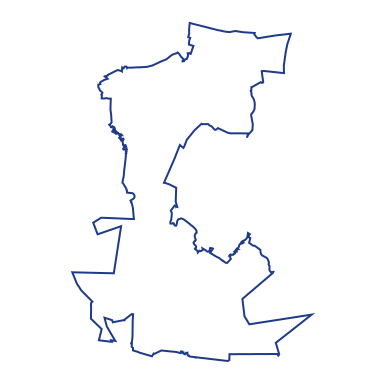 outline of Puente de Ixtla, Morelos, Mexico
{"feature_id": "50627088B15428140679131", "entity_name": "Puente de Ixtla", "entity_type": "district", "adm_level": 2, "iso_a3": "MEX", "parent_name": "Mexico", "parent_adm1": "Morelos", "projection": "albers", "projection_center": [-99.286, 18.588], "detail": "fine", "context": "isolated", "style": "outline", "palette": "blue", "viewbox_px": 384, "rotation_deg": 0, "n_neighbors": 0, "source": "geoboundaries", "source_scale": "gbopen_adm2", "svg_char_len": 5978}
<svg xmlns="http://www.w3.org/2000/svg" viewBox="0 0 384 384"><path d="M278.3,355.6L279.2,354.2L275.8,342.8L311.7,314.6L249.3,324.3L244.5,316.3L242.4,298.9L272.9,272.9L273.3,271.9L270.9,272.2L269.7,270.6L269.3,269.1L269.6,267.1L269.4,265.6L268.6,264.5L268.9,262.3L267.6,258.9L266.4,257.7L262.3,255.5L261.1,254.2L260.7,253.1L260.3,249.8L254.6,245.7L253.1,245.7L249.1,242.8L250.3,238.0L249.2,237.6L248.9,237.1L248.7,236.2L249.2,235.0L249.8,234.2L248.0,233.0L247.9,233.5L247.3,237.4L246.4,238.7L245.1,240.0L242.9,240.9L243.6,242.6L242.8,243.2L242.2,243.4L242.3,241.7L242.2,241.5L241.6,241.9L239.2,245.3L238.8,246.8L237.9,248.4L237.8,249.0L238.1,249.2L237.6,249.3L237.5,249.0L237.0,248.5L236.7,248.7L236.2,249.5L236.5,249.5L236.5,249.8L236.6,250.9L236.8,251.0L236.8,251.5L236.1,251.5L235.5,251.2L235.4,250.8L235.2,250.9L234.4,251.6L235.7,252.2L234.9,253.5L233.8,253.8L233.8,254.3L233.0,254.8L232.8,254.7L232.0,254.9L231.7,254.7L231.3,254.8L230.5,254.5L229.9,254.9L229.3,255.8L230.2,255.9L230.3,257.1L230.2,257.4L230.8,258.9L230.4,259.1L229.8,260.1L227.1,263.0L225.1,262.5L223.2,260.9L222.6,260.5L222.4,260.7L218.9,257.8L216.9,257.0L210.1,252.9L213.0,248.7L212.9,248.5L211.4,248.2L210.1,247.6L210.1,247.3L209.7,250.4L208.6,251.5L207.8,251.7L207.3,251.6L205.3,250.0L202.5,248.4L202.9,249.9L200.7,251.2L199.4,250.7L197.8,252.6L197.3,250.8L195.2,249.1L195.0,248.5L195.7,248.3L196.0,247.9L196.2,246.5L195.3,245.2L194.5,244.7L193.5,242.8L193.6,242.5L194.5,241.3L194.9,241.2L194.9,240.7L195.8,239.9L194.8,237.0L194.7,235.7L195.1,234.3L195.9,233.2L196.4,233.1L196.6,232.1L196.6,231.6L196.2,230.2L194.5,228.0L192.0,225.8L191.3,225.4L189.4,223.7L184.5,220.0L183.5,219.3L181.3,218.4L178.3,219.3L177.6,220.3L177.2,221.4L176.9,223.4L176.5,225.0L176.1,225.7L175.2,225.7L174.3,224.9L173.7,223.3L173.5,223.2L172.6,223.2L171.8,223.7L170.4,223.5L170.3,222.1L171.3,219.4L171.8,214.4L171.7,212.5L170.8,210.6L174.7,205.5L176.3,206.5L176.3,206.8L176.6,206.6L177.2,206.8L175.7,201.7L176.2,187.8L169.4,184.4L165.7,183.1L164.0,182.8L174.2,159.4L179.9,145.0L181.6,146.5L183.4,147.9L184.3,146.3L186.8,139.8L194.6,130.2L201.5,123.8L202.0,124.1L208.3,124.1L209.1,125.1L210.2,125.8L210.8,125.9L212.5,127.2L213.2,128.2L214.3,129.4L215.2,129.9L216.4,129.4L217.9,128.1L227.6,132.7L230.1,133.3L248.1,133.4L246.9,137.7L248.1,134.9L252.4,130.1L252.8,124.5L251.1,115.0L251.4,114.0L253.1,112.0L254.5,109.2L254.8,104.2L254.6,102.5L254.2,100.5L253.4,98.5L251.8,95.9L251.5,94.9L251.5,93.0L250.8,90.8L251.3,90.6L251.4,87.2L252.0,87.1L260.8,82.1L261.4,82.7L262.0,82.9L263.1,82.5L263.2,82.1L261.7,71.2L263.2,70.9L284.0,73.1L283.8,65.7L285.7,52.2L287.4,44.0L290.8,33.7L275.2,35.5L257.8,38.3L256.3,37.0L254.3,34.2L254.7,33.0L243.1,32.2L235.2,31.0L229.6,32.1L226.4,31.8L221.9,31.0L221.4,30.7L220.3,30.6L216.5,29.8L189.7,23.0L189.1,29.4L189.2,33.5L188.2,37.1L190.2,37.9L189.3,40.4L188.9,43.3L189.1,43.7L189.0,44.6L193.4,45.9L190.7,53.9L190.1,53.7L190.1,53.4L189.1,53.0L188.5,53.3L187.7,53.3L188.1,55.4L187.7,56.9L187.3,57.3L187.1,58.6L186.7,58.9L185.4,59.3L184.2,60.6L184.1,61.1L182.6,61.4L182.5,60.8L183.2,60.2L183.7,59.3L181.1,56.8L178.9,53.5L177.6,52.5L177.2,53.0L173.0,54.4L171.8,55.0L166.3,59.4L161.2,61.4L152.4,65.5L147.2,66.8L146.2,66.9L140.1,67.3L137.2,67.3L131.4,67.7L127.1,67.7L127.0,67.9L126.4,66.6L124.6,66.6L123.6,68.3L122.2,67.5L121.9,71.4L121.5,71.1L117.7,70.0L107.8,74.9L107.6,75.6L106.7,75.8L106.3,76.1L105.0,76.2L104.7,76.4L106.5,77.7L107.6,78.8L104.3,79.9L100.4,82.1L100.1,82.7L100.1,83.3L100.4,84.1L98.3,84.6L98.3,87.1L99.7,89.7L99.9,90.3L102.4,92.6L102.0,93.8L101.3,94.6L101.9,95.4L101.7,97.5L101.7,98.4L104.7,98.5L106.2,98.1L109.0,98.7L110.8,98.7L110.5,106.6L110.5,109.9L111.1,114.2L111.6,122.4L110.4,124.0L109.2,124.7L110.4,125.9L110.7,126.5L110.9,127.2L111.4,127.3L112.5,126.3L114.2,127.3L114.7,128.1L114.9,129.2L114.4,129.2L113.6,129.0L113.7,129.4L113.2,129.6L113.3,130.3L112.7,131.2L112.2,131.4L112.3,131.7L114.5,132.7L114.6,132.3L114.2,132.1L114.0,130.4L114.9,130.2L115.6,130.6L116.0,131.5L116.9,132.1L116.7,132.5L115.6,132.7L116.0,133.8L116.7,133.8L117.7,132.7L118.0,132.8L118.2,133.7L118.7,133.9L120.8,134.2L121.7,134.8L121.9,135.1L119.9,134.9L119.5,135.0L119.4,135.4L120.6,136.6L120.8,137.0L120.7,137.5L119.9,137.7L119.4,137.5L119.2,137.7L120.3,138.9L121.0,140.2L121.5,139.8L121.6,139.3L121.8,139.5L122.9,138.7L123.1,138.6L123.6,139.1L123.2,139.7L123.1,140.2L122.3,140.2L122.1,140.3L122.2,141.4L122.5,141.7L122.8,142.9L123.0,144.8L123.6,145.9L123.9,146.1L125.1,145.0L125.5,145.1L126.1,146.7L125.7,146.6L125.3,147.1L124.7,147.1L124.0,147.6L123.1,148.8L123.5,149.5L124.0,149.6L125.0,149.6L125.6,149.4L126.2,149.0L126.7,149.0L126.8,149.2L126.9,149.7L126.3,150.2L125.9,151.6L126.5,151.9L126.0,152.8L126.3,153.2L125.7,153.8L126.0,154.3L125.1,163.2L124.1,171.0L123.9,174.1L123.5,177.5L122.8,180.0L122.5,182.3L122.4,182.7L123.5,184.0L126.4,188.9L126.6,190.3L126.9,190.4L127.0,192.6L132.5,193.2L133.6,194.0L134.2,194.8L134.6,196.6L134.4,197.4L134.0,198.1L132.8,199.2L130.5,200.5L130.9,201.4L131.5,202.3L131.2,202.5L132.2,204.7L132.9,208.0L133.9,219.1L101.2,217.7L93.2,222.7L97.6,234.3L121.1,226.2L113.8,273.3L72.3,272.3L76.8,283.5L81.4,290.6L92.4,301.6L91.0,303.2L91.1,309.7L90.9,318.7L101.7,329.1L98.9,340.3L111.7,341.8L111.1,340.3L115.3,341.0L106.8,326.4L104.5,317.7L112.2,320.2L112.8,322.3L123.3,320.2L124.5,320.3L124.5,319.6L131.7,314.1L133.1,314.2L132.7,320.8L132.5,336.7L131.9,342.4L131.6,342.4L131.2,343.4L131.9,343.5L131.7,346.8L133.0,348.0L133.0,350.4L138.5,352.1L139.0,352.5L152.0,356.3L153.7,353.5L154.4,353.9L161.3,350.5L176.4,352.0L180.6,353.2L180.9,352.7L180.8,352.4L181.1,352.3L180.9,351.5L181.0,351.4L182.0,351.5L181.9,351.8L183.2,352.3L182.7,352.9L182.9,353.2L183.9,353.6L184.1,353.9L184.9,354.3L186.0,352.9L186.4,353.3L186.6,353.0L187.0,353.1L187.4,352.9L187.4,353.6L187.6,354.7L187.8,354.9L187.8,355.3L188.8,355.6L188.7,355.9L189.5,356.5L193.8,357.0L195.5,357.5L195.5,357.2L227.7,361.0L229.3,360.1L229.5,354.2L277.1,354.0L278.3,355.6Z" fill="none" stroke="#1e3a8a" stroke-width="2"/></svg>